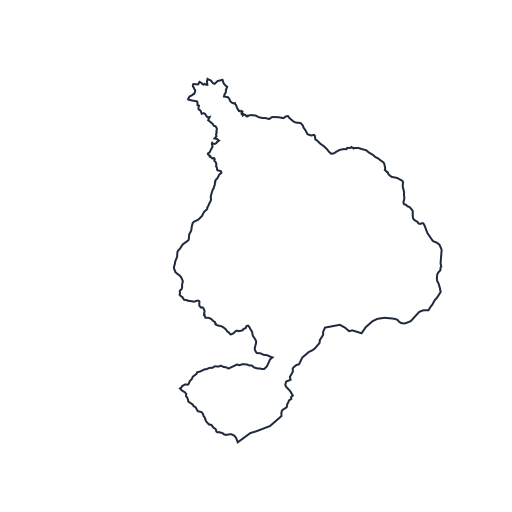 the district of Bulzestii De Sus, Hunedoara, Romania, rotated 133°
{"feature_id": "2599482B39197296010274", "entity_name": "Bulzestii De Sus", "entity_type": "district", "adm_level": 2, "iso_a3": "ROU", "parent_name": "Romania", "parent_adm1": "Hunedoara", "projection": "mercator", "projection_center": [22.798, 46.285], "detail": "fine", "context": "isolated", "style": "outline", "palette": "slate", "viewbox_px": 512, "rotation_deg": 133, "n_neighbors": 0, "source": "geoboundaries", "source_scale": "gbopen_adm2", "svg_char_len": 6154}
<svg xmlns="http://www.w3.org/2000/svg" viewBox="0 0 512 512"><g transform="rotate(133 256 256)"><path d="M150.0,400.7L154.3,403.4L158.4,403.7L159.0,406.0L158.5,407.7L158.5,409.1L159.3,410.9L159.5,412.2L161.6,411.1L164.0,408.3L164.7,409.2L165.2,411.0L165.7,410.9L166.5,411.3L166.8,412.4L166.6,413.8L167.2,416.1L169.9,415.3L173.0,419.1L174.5,418.4L175.1,417.6L175.2,416.5L175.9,415.2L176.2,413.5L177.6,412.5L179.6,411.8L179.8,412.2L181.7,412.3L184.7,413.4L187.7,412.6L187.7,412.0L186.5,409.8L183.1,404.5L183.7,403.5L185.6,401.6L184.9,400.3L186.7,399.3L187.9,398.0L187.5,395.7L189.0,392.7L187.2,391.6L186.8,390.1L187.3,388.3L187.6,386.1L187.3,385.0L186.5,385.1L185.9,384.7L189.3,383.6L188.9,377.7L189.3,376.7L189.5,375.3L188.7,374.1L189.4,371.7L190.5,370.7L191.9,370.0L192.3,369.0L194.1,368.4L195.4,366.6L198.3,366.5L197.0,364.4L196.9,361.7L199.0,362.3L200.3,362.0L202.0,362.5L203.2,363.9L203.1,365.2L204.0,364.9L205.6,362.4L212.1,360.6L213.7,361.1L214.2,360.8L214.5,359.5L214.1,357.9L214.9,357.5L214.4,356.1L214.5,354.6L213.1,353.7L213.0,352.8L213.4,352.2L214.2,352.1L214.7,351.4L215.0,349.0L216.2,347.3L217.6,346.4L218.2,344.6L219.5,343.2L219.5,342.6L218.0,339.7L218.3,338.5L218.7,338.0L221.8,338.4L223.2,337.8L226.7,337.1L227.4,337.4L229.5,336.8L229.8,336.0L230.7,335.8L232.3,334.5L233.1,334.4L235.3,333.1L236.1,333.2L239.2,331.9L243.5,329.6L244.8,327.9L246.6,326.7L249.5,326.0L252.3,324.9L253.6,324.8L255.0,323.7L259.0,324.1L263.5,322.8L268.8,323.0L273.1,324.7L275.0,324.8L278.0,323.2L281.6,320.7L285.7,319.6L290.0,316.3L290.8,316.2L297.5,317.5L302.7,316.6L305.4,316.6L306.8,316.1L310.5,313.1L315.4,311.2L317.2,309.9L320.2,308.4L321.6,306.6L321.9,305.3L322.7,304.3L322.7,301.0L322.3,299.3L322.6,296.2L324.3,292.3L327.4,290.5L329.5,288.5L331.2,287.8L333.4,288.0L335.2,286.1L336.5,285.4L336.6,283.8L336.3,281.5L337.1,279.1L336.2,277.2L335.3,276.4L335.2,275.4L334.9,274.7L333.9,273.6L331.8,270.3L328.3,268.2L327.8,267.2L327.8,266.6L328.2,266.0L329.8,264.8L331.1,263.3L331.2,260.9L330.1,260.2L330.0,259.0L331.2,256.3L331.8,255.6L333.4,254.9L333.8,253.8L334.8,253.7L334.9,252.2L335.6,250.9L333.3,248.1L332.6,245.6L332.7,242.6L332.3,241.0L332.8,240.3L332.9,239.4L333.5,239.3L333.6,238.9L333.2,238.7L333.4,238.3L333.0,236.8L331.1,233.6L330.5,231.6L330.2,228.5L330.8,225.0L330.4,223.9L330.8,221.5L330.4,220.8L328.4,219.9L324.3,219.5L323.4,218.8L322.8,217.4L319.5,215.1L317.9,215.4L315.7,214.4L313.6,215.2L312.3,214.3L312.6,212.1L313.5,209.7L313.8,208.1L314.3,206.9L316.4,204.1L317.6,199.4L318.3,197.7L319.6,196.6L324.2,194.1L325.5,192.7L326.4,189.9L326.3,189.1L324.1,186.3L323.0,182.9L320.9,180.1L320.2,177.7L318.9,174.8L322.0,175.2L329.1,172.8L332.9,172.9L334.6,174.5L335.6,176.5L336.7,177.4L337.4,178.8L337.8,179.2L339.0,181.9L338.8,183.0L339.0,184.5L340.8,186.5L341.3,188.3L344.1,191.9L347.4,193.8L348.2,195.8L356.9,199.3L357.3,199.8L357.5,201.4L359.2,204.0L360.3,207.0L362.3,207.9L364.9,211.0L367.5,211.6L369.5,213.7L372.7,215.1L373.9,216.3L378.7,218.1L381.0,219.7L382.7,219.1L387.3,219.9L390.0,219.0L392.9,219.1L395.1,218.1L396.3,218.0L396.7,218.2L398.1,220.1L398.7,220.4L401.5,221.3L403.5,220.9L404.7,221.3L404.9,218.8L404.2,215.2L404.4,213.3L404.5,212.9L406.2,211.7L406.5,209.7L407.6,207.5L408.6,206.3L407.8,200.9L408.4,199.1L407.8,197.2L409.2,192.7L407.4,189.5L407.3,188.9L407.9,186.6L408.8,185.2L409.0,183.4L409.9,182.2L409.9,181.5L410.7,180.5L411.0,179.2L411.3,175.7L410.8,175.0L410.8,174.4L410.2,174.0L409.9,172.8L410.5,171.3L410.3,170.7L410.6,169.8L410.1,167.8L410.6,166.3L411.4,165.4L411.4,164.8L411.1,163.7L409.9,162.9L409.3,161.2L408.6,160.4L408.2,158.5L408.4,158.0L407.4,156.0L403.7,153.1L403.2,152.4L402.2,149.4L402.6,146.5L404.7,142.3L389.4,139.4L384.3,136.4L370.8,129.8L355.7,128.2L353.5,130.4L351.8,131.4L350.5,131.6L345.7,130.4L342.8,132.2L340.8,132.6L339.2,133.4L336.5,132.7L335.1,134.2L333.0,133.9L331.5,138.9L331.1,144.8L330.2,146.8L327.2,148.3L323.0,146.3L321.4,148.7L315.4,150.2L313.2,152.4L311.9,152.6L308.2,152.1L305.8,150.7L298.7,152.9L290.1,151.9L286.3,150.4L283.4,149.9L276.3,150.2L273.9,152.0L267.9,153.1L266.4,154.6L265.1,155.4L261.3,156.7L249.2,147.8L247.7,142.0L247.5,136.7L244.7,134.8L240.5,126.1L233.2,127.2L224.2,126.3L219.2,124.4L213.5,119.8L208.6,113.5L207.1,111.2L206.2,108.9L206.5,106.6L206.1,104.2L204.7,102.1L203.4,100.9L198.2,98.4L185.5,98.5L181.6,96.6L178.1,92.9L172.7,93.9L171.7,93.8L166.6,95.1L162.9,95.2L156.4,96.4L155.7,97.2L155.4,98.0L154.2,99.3L151.7,103.6L150.7,106.4L149.1,108.4L146.0,110.8L143.8,111.5L141.1,111.4L140.1,111.8L138.9,113.0L137.3,113.4L135.5,116.0L125.2,124.2L124.5,125.1L122.6,129.6L123.0,133.2L123.9,135.2L124.4,137.0L122.4,146.1L118.5,154.1L118.0,156.0L118.9,157.0L120.5,157.7L121.3,159.1L121.3,160.2L120.9,161.0L121.7,164.9L121.6,165.8L121.2,166.9L119.8,168.7L116.2,172.1L115.7,174.4L115.5,177.2L116.4,179.3L116.2,181.3L117.2,182.9L116.4,184.6L112.3,187.1L110.2,189.7L108.5,191.0L105.1,196.1L101.7,198.9L101.2,200.2L102.6,205.9L105.5,210.6L105.8,211.8L105.9,214.8L104.9,216.9L105.4,217.7L105.1,218.4L105.3,220.4L103.6,221.4L101.1,225.1L100.6,226.6L101.2,230.8L101.2,232.5L102.2,236.2L102.4,240.1L103.3,243.6L103.5,247.4L107.4,255.1L109.8,257.5L110.7,257.9L110.5,258.6L111.3,259.4L111.2,260.5L113.2,261.1L114.7,263.0L116.3,262.7L117.8,264.6L121.2,267.1L125.4,268.5L127.6,268.9L129.9,270.7L130.0,273.8L129.5,276.7L129.4,281.3L130.0,285.2L129.9,290.2L130.3,292.0L128.0,294.9L127.8,296.1L130.2,297.8L131.8,301.3L130.3,305.8L129.6,309.1L128.8,310.3L128.3,313.5L128.8,314.8L130.6,316.9L131.7,318.9L132.1,320.7L132.3,325.7L131.9,328.1L133.6,329.4L136.4,329.9L139.3,334.4L143.4,339.0L146.9,339.8L148.6,343.1L150.3,344.9L152.5,348.3L153.5,352.0L156.4,355.8L158.3,357.2L158.9,357.2L159.2,357.9L160.0,357.7L160.4,358.3L160.1,359.6L160.2,360.4L160.5,361.0L161.6,361.3L160.7,361.8L160.9,362.4L162.0,362.6L162.1,363.1L161.8,363.6L159.6,364.4L159.8,365.6L160.5,365.3L161.6,367.3L161.2,367.8L161.4,368.4L160.5,371.1L159.5,373.0L159.1,374.1L159.1,375.1L158.6,375.8L159.6,376.3L160.3,378.3L160.4,379.6L160.2,380.8L159.2,382.9L159.0,384.8L161.2,388.2L159.4,389.2L157.1,389.6L155.2,391.1L151.9,392.5L152.1,393.2L152.0,396.6L151.4,398.2L150.0,400.7Z" fill="none" stroke="#1e293b" stroke-width="2"/></g></svg>